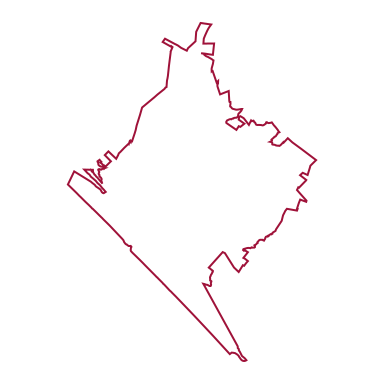 outline of Acapetahua, Chiapas, Mexico
{"feature_id": "50627088B93400387524803", "entity_name": "Acapetahua", "entity_type": "district", "adm_level": 2, "iso_a3": "MEX", "parent_name": "Mexico", "parent_adm1": "Chiapas", "projection": "mercator", "projection_center": [-92.769, 15.222], "detail": "fine", "context": "isolated", "style": "outline", "palette": "rose", "viewbox_px": 384, "rotation_deg": 0, "n_neighbors": 0, "source": "geoboundaries", "source_scale": "gbopen_adm2", "svg_char_len": 5941}
<svg xmlns="http://www.w3.org/2000/svg" viewBox="0 0 384 384"><path d="M242.1,109.0L241.4,109.0L237.8,109.6L236.2,109.7L232.7,108.8L231.8,108.2L231.3,107.3L230.2,106.5L230.2,105.3L230.5,103.9L230.4,102.0L229.6,102.0L229.3,101.1L228.7,91.0L220.1,94.4L217.5,86.5L217.4,85.3L217.4,84.5L217.6,84.1L217.9,83.9L218.0,83.7L218.1,81.0L216.6,82.5L212.6,70.9L212.0,70.9L211.7,71.2L211.6,69.2L211.7,68.2L212.9,63.9L213.5,60.4L212.9,60.1L212.1,59.4L210.5,58.4L207.7,56.8L206.3,56.3L204.4,54.9L203.8,53.8L201.1,53.2L205.4,53.7L209.0,54.3L212.9,54.8L214.1,43.5L203.4,43.6L203.7,39.8L203.8,38.6L205.2,35.2L207.1,31.0L208.3,28.7L209.1,27.4L211.2,24.5L200.6,23.0L196.2,31.8L195.5,41.3L188.0,48.2L186.8,50.7L181.2,47.9L177.9,45.5L175.8,44.4L174.9,44.0L165.0,38.7L162.7,42.0L171.1,46.7L171.3,46.2L172.5,47.1L170.6,51.7L170.7,52.0L169.0,65.5L167.9,75.9L167.5,78.3L167.0,80.6L166.5,87.1L165.5,87.5L164.5,88.9L157.4,94.6L154.7,97.0L142.1,107.5L140.0,114.9L136.6,125.7L135.7,130.0L134.7,133.3L132.0,141.5L131.7,141.5L131.0,140.8L130.7,142.3L129.7,141.3L128.8,144.1L128.5,143.8L124.3,147.8L120.4,151.9L119.2,153.0L118.8,153.4L118.1,155.2L117.4,156.5L116.2,158.8L108.4,151.4L104.8,155.1L110.9,161.3L105.6,166.5L105.3,166.2L104.4,165.8L104.0,165.3L103.0,165.0L102.7,164.6L101.7,163.6L100.6,162.8L101.4,161.9L100.0,160.4L99.6,159.8L97.5,161.3L97.5,161.7L97.9,162.3L98.2,162.2L98.5,162.4L98.2,163.2L98.3,164.2L98.7,165.2L99.0,165.4L99.8,166.1L100.6,166.3L101.1,166.7L102.2,166.7L103.3,166.5L103.6,166.6L104.0,167.1L104.3,167.3L104.5,167.9L105.1,168.0L104.6,168.2L104.1,168.7L103.8,168.1L103.6,168.1L103.0,168.7L102.0,169.0L101.6,169.5L100.9,169.7L100.5,169.6L100.1,169.3L99.5,169.1L98.7,169.2L98.3,169.5L98.2,169.8L98.4,170.3L99.0,171.4L99.3,172.0L98.7,173.4L98.7,173.9L99.3,174.7L99.5,175.1L99.3,175.9L100.3,177.2L100.8,177.5L101.5,178.6L101.6,179.6L101.3,180.3L101.3,180.8L101.7,181.6L102.1,183.1L102.5,183.7L97.4,177.6L96.1,176.4L95.3,175.2L94.5,174.6L93.5,172.9L92.9,172.2L92.1,171.7L91.6,171.2L91.5,170.3L92.7,171.2L93.0,171.2L92.9,169.8L84.3,169.6L87.6,173.2L89.6,174.7L90.8,176.6L93.2,178.6L94.9,180.1L95.8,180.9L97.4,182.9L100.0,185.2L102.1,187.9L104.0,189.9L104.7,190.8L105.7,191.9L103.7,193.2L102.9,193.0L101.9,192.2L100.4,189.5L97.7,187.6L96.6,186.9L95.7,186.2L95.1,185.2L93.6,183.9L92.6,183.2L90.9,181.7L74.2,171.4L67.9,184.5L76.7,193.1L79.5,196.0L80.5,196.9L81.6,198.0L85.4,201.8L88.8,205.0L90.8,207.0L91.4,207.5L91.8,208.2L92.3,208.6L92.6,208.7L96.8,212.8L100.1,216.1L100.4,216.3L100.9,216.9L102.0,217.9L103.2,219.2L109.5,225.4L122.1,238.7L123.4,240.2L124.2,242.2L125.6,244.0L126.1,244.3L126.4,244.3L126.8,244.5L127.2,245.0L128.7,246.0L129.8,246.0L130.7,245.9L131.4,246.9L131.0,247.3L130.8,249.0L130.7,250.2L130.9,251.0L131.1,251.3L132.6,252.9L139.5,259.6L142.7,262.8L145.5,265.7L155.5,275.8L156.7,277.1L157.4,277.5L157.5,277.8L162.7,283.0L163.0,283.6L163.6,284.0L164.7,285.1L169.6,290.4L171.1,291.7L172.3,293.0L175.5,296.2L192.1,313.5L201.9,323.9L212.2,334.9L229.8,354.1L231.7,352.6L233.4,352.8L235.0,353.1L236.8,354.2L238.0,355.2L238.7,355.9L238.9,356.5L241.1,359.6L242.2,360.5L243.2,360.9L244.3,361.0L245.6,360.7L246.4,360.2L244.7,358.2L242.0,356.0L239.6,351.3L238.9,350.6L238.8,349.1L237.8,348.1L237.7,346.3L204.5,285.9L203.3,283.8L204.6,284.1L205.8,284.6L207.5,284.9L209.5,286.0L210.6,286.0L211.0,285.2L211.1,284.8L210.8,283.0L211.4,281.6L211.3,281.1L210.3,280.7L210.1,280.4L210.1,280.0L210.2,279.3L210.0,277.5L210.3,276.4L210.6,276.1L210.9,275.0L211.2,274.5L211.7,273.9L211.8,273.5L212.2,272.9L212.3,272.6L212.3,272.2L212.8,271.8L212.9,270.9L208.8,267.6L222.7,252.1L224.9,253.1L234.0,267.5L238.7,272.0L242.9,265.2L244.1,265.8L246.2,263.0L247.9,261.1L244.9,258.7L243.4,257.9L247.9,252.2L244.4,250.1L243.9,250.7L243.3,250.2L243.8,249.6L243.5,249.4L242.7,249.9L243.5,249.1L247.3,248.0L248.8,247.9L250.5,248.2L251.5,247.4L252.2,247.7L252.9,247.5L253.1,247.6L253.7,247.6L253.8,247.6L254.3,247.6L254.9,247.2L255.0,245.5L254.6,245.2L256.2,244.3L257.1,243.1L257.3,243.2L257.6,243.1L257.7,242.5L257.5,242.1L259.2,240.2L260.1,239.8L262.6,239.8L262.8,240.1L263.5,240.5L264.1,240.6L264.5,239.6L264.8,239.3L265.2,238.7L265.3,237.8L265.9,236.8L267.0,236.4L267.6,236.0L267.9,236.5L268.5,236.1L268.4,235.9L269.0,235.2L270.6,234.2L270.8,234.1L271.2,234.4L271.6,234.3L271.9,233.8L272.4,233.7L272.6,232.7L275.5,230.9L276.0,229.4L281.7,220.8L282.9,215.9L283.2,215.0L284.3,212.9L285.2,211.0L286.9,208.8L297.0,210.6L297.6,208.9L297.0,208.7L298.8,203.1L300.2,199.6L306.2,201.8L306.5,200.7L300.5,194.0L297.0,190.0L298.3,187.3L299.0,187.7L305.9,180.6L306.3,180.0L300.1,175.2L302.7,172.8L307.6,175.0L309.8,167.9L310.4,165.7L316.1,160.1L301.0,148.7L292.4,142.4L287.8,138.2L283.7,142.6L283.4,142.1L280.9,144.8L279.5,145.9L279.1,145.9L278.7,145.7L277.0,145.7L276.4,145.4L276.1,145.4L275.8,145.4L274.8,144.8L272.8,144.6L272.3,144.4L272.2,142.6L271.6,142.1L270.1,141.8L271.4,141.2L271.9,140.7L272.0,140.5L271.5,139.6L274.0,137.4L274.5,136.7L275.2,136.6L275.5,136.4L276.0,135.9L276.7,134.7L277.3,134.2L277.4,133.4L278.0,132.8L278.6,132.6L279.4,132.2L278.1,130.7L277.9,130.1L275.3,126.8L275.0,126.6L274.7,126.1L274.1,125.6L271.8,122.4L270.3,122.9L269.8,122.9L268.8,123.1L267.8,122.9L267.2,122.6L266.9,122.2L266.5,122.2L266.1,122.4L266.0,123.3L265.6,123.8L265.0,124.1L264.4,124.7L264.0,124.9L263.6,125.0L263.2,125.3L262.5,125.4L261.0,125.0L259.8,125.0L259.1,124.9L257.8,125.0L256.4,124.8L256.1,124.6L255.8,124.0L255.5,123.6L255.3,122.8L255.1,122.5L254.4,122.3L253.6,120.7L253.4,120.6L251.9,121.2L251.1,120.4L248.9,124.9L243.9,118.4L243.4,118.0L240.4,116.2L239.4,116.7L239.1,117.4L238.7,119.6L244.4,123.7L240.3,126.9L238.8,126.2L236.4,129.9L226.4,123.0L226.2,122.0L227.0,120.5L229.5,119.3L230.9,119.1L231.3,119.3L232.6,118.5L233.2,118.6L233.5,118.5L233.9,118.0L234.3,117.9L235.2,117.7L236.0,117.8L236.8,117.5L237.2,117.2L237.9,116.3L238.2,115.2L238.2,114.9L238.3,114.1L238.7,113.5L239.6,112.6L240.0,112.3L241.4,110.6L242.1,109.0Z" fill="none" stroke="#9f1239" stroke-width="2"/></svg>